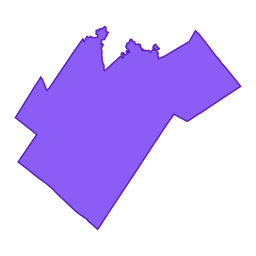 Crevenicu, Teleorman, Romania (Natural Earth projection)
{"feature_id": "2599482B13344453744319", "entity_name": "Crevenicu", "entity_type": "district", "adm_level": 2, "iso_a3": "ROU", "parent_name": "Romania", "parent_adm1": "Teleorman", "projection": "natural_earth1", "projection_center": [25.564, 44.229], "detail": "fine", "context": "isolated", "style": "filled", "palette": "violet", "viewbox_px": 256, "rotation_deg": 0, "n_neighbors": 0, "source": "geoboundaries", "source_scale": "gbopen_adm2", "svg_char_len": 5286}
<svg xmlns="http://www.w3.org/2000/svg" viewBox="0 0 256 256"><path d="M97.7,229.3L97.9,228.9L99.4,226.9L100.2,225.6L102.3,222.4L103.6,220.3L107.5,214.4L110.7,209.4L112.4,206.7L113.0,206.0L121.9,192.5L122.7,191.3L125.4,187.2L128.8,182.1L129.4,181.1L130.6,179.2L131.1,178.4L131.7,177.8L132.3,176.8L134.0,174.2L135.1,172.6L141.0,163.6L143.6,159.5L149.4,150.8L150.0,149.7L153.2,144.9L153.9,143.7L154.1,143.3L157.2,139.0L163.0,130.0L173.9,114.2L186.3,120.9L187.4,121.2L187.6,121.2L192.8,117.8L197.3,114.8L200.2,113.1L202.3,111.8L202.6,111.6L206.4,109.0L217.3,101.7L223.4,97.6L240.6,86.4L235.9,80.3L229.3,72.2L224.4,66.1L224.0,65.8L222.6,64.3L221.7,63.4L219.5,60.0L216.1,56.3L204.4,40.9L198.9,34.0L195.4,30.8L189.3,41.5L188.5,42.2L180.1,46.9L164.6,56.2L158.7,58.6L158.4,57.8L158.3,57.4L158.3,56.4L158.2,56.2L157.9,55.8L157.7,55.4L157.5,54.5L157.6,54.2L158.1,53.8L158.2,53.6L158.2,53.3L158.2,53.1L157.5,52.6L157.4,52.4L157.0,51.6L156.7,50.8L156.7,50.4L156.7,50.2L156.8,50.0L157.1,49.8L158.0,49.5L158.5,49.3L159.1,48.9L159.2,48.7L159.3,48.3L159.0,48.1L158.1,47.8L157.7,47.6L157.3,46.8L157.0,46.2L156.5,45.8L156.0,44.7L155.7,44.3L155.4,44.3L155.2,44.7L155.2,44.8L154.2,45.1L154.1,45.3L154.1,45.8L154.0,46.0L153.5,46.0L153.3,46.1L153.1,47.3L153.1,47.5L153.4,48.0L153.8,48.4L154.1,48.5L154.4,48.6L154.7,48.7L154.8,48.9L154.9,49.7L154.9,50.4L154.8,50.5L154.6,50.5L153.8,50.0L153.4,49.4L153.2,49.2L152.9,49.3L152.7,49.6L152.7,49.9L151.6,50.9L151.5,51.0L151.5,51.4L151.4,51.5L150.9,51.9L150.5,51.9L150.1,51.8L149.5,50.9L149.1,50.6L148.7,50.4L148.1,50.5L147.5,50.8L146.5,50.9L146.3,50.9L146.0,50.4L145.9,50.4L145.5,50.3L144.8,50.6L144.3,50.7L144.0,50.6L143.9,50.5L143.9,50.0L143.8,49.9L143.6,49.8L143.2,50.1L142.6,50.3L142.2,50.2L142.7,49.8L142.8,49.6L142.7,49.4L142.2,48.9L142.1,48.6L141.6,48.2L140.9,47.8L140.6,47.6L140.5,47.3L140.7,46.5L140.7,46.1L140.6,45.7L140.4,45.2L140.0,44.7L139.6,44.5L139.0,44.6L138.7,44.6L138.7,44.1L138.2,44.2L137.7,44.3L136.9,44.4L136.1,44.8L135.8,44.8L135.7,44.7L135.7,44.3L135.6,44.0L135.4,43.7L135.2,43.1L134.9,42.8L134.7,42.6L134.3,42.2L134.0,41.6L133.8,41.4L132.4,41.4L132.0,41.3L131.9,41.2L131.8,40.9L132.0,40.4L132.0,40.0L131.9,39.7L131.8,39.4L131.5,39.3L130.8,39.5L130.0,39.9L129.7,40.2L129.6,40.3L129.6,40.5L129.5,41.0L129.3,41.7L129.2,42.1L129.0,42.4L128.8,42.7L128.3,43.0L127.2,43.2L126.8,43.5L126.7,43.8L126.7,44.3L126.6,45.0L126.4,45.6L125.9,46.1L125.8,46.3L125.9,46.6L125.9,46.8L126.4,47.1L126.5,47.2L126.7,48.5L126.9,48.7L127.1,49.0L128.1,49.2L128.4,49.3L128.5,49.4L128.6,49.5L128.6,50.2L129.6,52.0L129.5,52.5L129.1,52.8L128.8,52.9L128.5,52.9L128.4,52.7L128.6,51.7L128.5,51.4L127.9,51.1L127.2,50.9L126.7,50.9L126.4,51.0L126.2,51.2L126.3,51.3L126.4,51.5L127.4,51.7L127.5,51.9L127.4,52.0L126.8,52.5L126.7,52.6L126.6,53.0L126.5,54.0L126.1,54.5L125.9,54.7L125.2,54.8L124.9,54.8L124.4,54.6L124.2,53.9L124.2,53.3L124.0,53.1L123.9,53.0L122.3,52.8L121.7,52.9L121.6,53.1L121.3,54.0L121.2,54.5L121.2,54.8L121.3,54.9L122.8,55.2L123.1,55.4L123.2,55.5L123.2,56.3L123.3,57.1L123.3,57.5L123.2,57.6L122.8,57.9L122.5,57.9L122.2,57.9L122.0,57.7L121.9,57.3L121.8,57.0L121.7,56.9L120.9,56.5L120.5,56.4L120.4,56.5L119.1,57.6L115.6,60.9L111.9,64.1L109.8,66.3L108.2,67.7L105.6,70.0L104.7,70.7L104.5,70.8L104.3,70.7L104.1,70.3L103.9,69.6L103.9,69.0L104.0,68.1L103.9,65.4L103.8,65.0L103.6,64.6L102.9,63.3L102.8,62.6L102.7,62.3L102.4,61.2L102.2,60.5L102.1,60.0L102.0,59.5L102.0,59.0L102.1,57.6L102.1,57.2L101.7,55.2L101.7,54.5L101.8,53.9L102.0,52.8L101.9,52.1L101.8,51.6L101.8,50.7L101.2,48.6L101.2,47.9L101.2,47.7L101.3,47.5L101.8,47.2L102.0,46.9L102.8,45.7L103.0,45.4L103.0,44.8L102.9,44.2L102.6,43.9L102.3,43.9L101.9,44.2L101.6,44.3L101.3,44.2L101.2,44.2L101.1,43.8L101.1,43.6L101.4,42.1L101.3,41.2L101.4,40.5L101.4,40.2L101.6,39.9L102.6,39.8L103.1,39.6L103.8,39.7L104.4,39.5L104.6,39.3L105.8,37.2L105.9,36.7L106.0,36.1L106.7,35.6L107.0,35.3L107.1,34.9L107.1,34.1L107.2,33.9L107.3,33.6L107.9,33.1L108.1,32.8L108.2,32.4L108.1,32.2L107.8,32.2L107.1,32.1L106.1,31.1L105.7,30.7L105.7,30.4L106.0,30.0L106.0,29.8L105.7,28.7L105.9,28.2L105.9,27.8L105.8,27.3L105.2,26.8L104.8,26.7L104.6,26.7L104.2,27.0L103.6,27.4L103.3,27.7L102.7,28.4L102.3,28.6L101.9,28.8L100.1,28.9L99.2,29.1L99.3,29.5L99.1,30.0L99.1,30.5L98.9,30.6L98.7,30.6L98.3,30.5L97.6,30.0L97.2,30.0L96.5,30.4L96.4,30.5L96.0,31.0L96.3,31.7L96.3,32.1L96.3,32.5L96.0,33.4L95.9,33.6L96.0,33.8L96.5,34.1L97.0,34.4L97.4,34.4L97.5,34.5L97.6,34.8L97.6,36.2L97.3,36.9L97.1,37.2L96.8,37.3L95.8,37.6L95.4,37.6L94.7,37.6L93.8,37.8L93.4,37.8L92.3,37.7L91.8,37.0L90.9,36.4L90.5,36.4L90.2,36.6L90.0,37.1L89.9,37.2L89.6,37.4L89.4,37.4L88.6,37.4L88.1,37.2L87.8,37.0L87.3,36.5L87.1,36.5L86.8,36.7L86.3,37.6L85.3,39.8L84.7,40.7L84.1,41.5L82.9,38.9L72.5,53.6L68.5,59.7L63.0,67.8L49.5,87.7L48.7,88.8L48.3,89.2L46.8,90.3L43.5,82.1L42.6,80.0L41.4,78.1L40.8,77.1L39.4,79.5L34.5,86.9L15.4,117.7L24.7,124.9L36.8,134.5L18.2,162.0L28.5,169.9L34.9,175.2L37.1,176.8L38.0,177.6L38.5,177.9L45.5,183.0L51.3,187.8L52.1,188.5L54.8,191.3L56.0,192.6L58.0,194.6L59.7,196.1L61.5,197.7L63.8,200.0L69.4,205.4L71.4,207.2L75.8,211.4L77.2,212.5L80.6,215.0L81.2,215.4L82.1,215.9L84.6,217.8L84.9,218.0L85.3,218.1L86.1,218.6L86.9,219.5L87.2,219.7L87.3,219.7L87.9,220.7L88.4,221.3L93.0,225.1L96.3,228.1L97.7,229.3Z" fill="#8b5cf6" stroke="#5b21b6" stroke-width="1.5"/></svg>